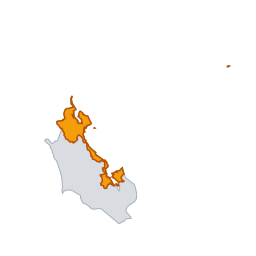 Puntarenas on a map of Costa Rica (Albers equal-area conic projection), rotated 200°
{"feature_id": "CRI-1330", "entity_name": "Puntarenas", "entity_type": "Province", "adm_level": 1, "iso_a3": "CRI", "parent_name": "Costa Rica", "parent_adm1": "", "projection": "albers", "projection_center": [-84.164, 7.924], "detail": "fine", "context": "in_parent", "style": "filled", "palette": "amber", "viewbox_px": 256, "rotation_deg": 200, "n_neighbors": 0, "source": "natural_earth", "source_scale": "10m", "svg_char_len": 7358}
<svg xmlns="http://www.w3.org/2000/svg" viewBox="0 0 256 256"><g transform="rotate(200 128 128)"><path d="M202.1,87.9L201.9,88.5L201.4,89.2L200.6,89.8L199.5,90.3L196.9,89.0L194.4,87.5L193.0,88.2L192.5,90.1L191.6,91.1L190.4,91.5L189.9,92.2L189.9,98.7L190.0,104.9L191.9,105.1L195.1,107.2L196.4,108.5L196.9,109.6L196.5,110.2L194.1,111.6L191.9,113.3L190.8,115.4L192.8,118.8L193.2,121.2L193.1,123.6L192.6,124.8L188.2,127.6L187.2,128.6L187.3,129.3L189.8,131.3L190.9,133.1L191.9,135.4L192.0,137.4L189.8,133.7L186.8,130.3L184.1,128.1L183.9,123.1L182.8,120.4L178.8,117.9L175.4,116.2L172.8,116.5L174.4,119.4L178.4,123.1L178.7,124.5L178.6,126.4L175.9,126.1L173.4,125.3L170.5,125.1L168.5,124.0L164.3,119.6L167.3,115.8L168.2,113.4L168.1,108.3L167.4,105.8L164.2,102.0L159.0,97.9L151.8,94.5L148.5,91.8L140.0,89.7L136.8,88.3L134.4,85.7L134.0,83.9L134.9,81.1L132.6,77.4L122.5,70.3L117.0,67.7L115.8,66.2L114.9,65.7L115.7,70.6L118.2,73.5L124.5,76.3L126.3,77.9L127.0,80.0L123.3,84.0L121.4,85.0L120.8,87.2L119.6,87.8L118.3,86.6L113.2,80.3L103.2,77.3L101.3,75.4L97.6,69.7L95.9,64.5L96.6,61.0L100.7,55.6L102.0,53.2L101.7,51.8L101.9,49.7L100.4,48.2L96.6,46.2L94.1,44.6L94.8,43.8L99.2,41.8L99.5,39.9L99.4,39.3L100.1,39.1L100.8,38.6L101.2,38.1L102.4,36.3L103.4,35.3L104.6,35.1L106.1,35.9L111.6,37.8L117.6,40.0L126.3,43.2L129.9,41.2L133.0,39.7L135.2,39.9L139.9,41.7L142.7,42.2L144.4,42.0L147.4,44.6L149.0,46.6L149.3,47.9L150.2,48.6L152.5,48.7L158.2,50.1L161.7,49.8L164.9,48.4L166.6,46.7L167.2,44.1L168.0,45.4L168.9,47.4L169.3,50.1L173.4,58.9L176.7,63.8L183.9,72.7L187.0,74.4L192.3,81.6L194.1,82.8L195.1,84.9L200.6,86.7L202.1,87.9Z" fill="#d9dde1" stroke="#a8b0b8" stroke-width="1"/><path d="M190.0,104.6L190.0,104.9L191.0,104.5L191.3,104.5L191.5,104.7L191.8,105.4L192.8,105.8L194.3,106.9L195.7,107.4L196.2,107.7L197.1,109.4L196.7,110.2L195.7,110.8L192.4,112.2L192.0,112.5L191.7,112.9L192.1,113.2L192.1,113.6L191.8,114.0L190.8,114.6L190.6,114.9L190.5,115.4L190.7,115.8L192.5,118.2L192.9,119.0L193.2,120.0L193.4,122.3L193.3,123.5L193.0,124.4L192.3,125.3L191.5,125.7L190.5,126.0L189.6,126.5L188.2,127.9L186.4,129.0L186.4,129.4L186.7,129.7L187.6,130.2L188.3,131.0L188.9,130.9L189.1,130.9L189.7,131.2L189.9,131.5L190.1,132.6L191.8,136.3L191.7,137.8L191.5,138.5L191.0,138.2L191.1,137.7L191.4,136.6L191.4,136.2L189.1,132.4L188.4,131.6L184.3,128.7L183.2,127.6L184.2,126.4L184.3,126.3L185.1,125.1L184.9,124.5L183.8,123.2L183.6,122.8L183.6,122.3L184.8,121.7L184.4,121.6L183.4,121.7L183.0,121.5L182.7,121.2L182.1,119.9L182.3,119.5L182.5,119.5L182.9,120.3L183.0,120.7L183.1,120.8L184.1,120.4L184.1,120.1L183.2,119.6L182.5,118.8L182.3,118.8L182.1,119.2L180.8,119.2L180.3,119.3L179.7,118.4L179.2,118.1L178.8,118.4L177.7,117.8L177.4,117.3L177.6,116.6L177.2,116.6L177.3,116.0L176.9,115.8L175.6,115.5L175.4,115.8L175.1,115.7L174.7,115.7L174.4,116.3L174.0,116.4L172.9,116.2L172.5,116.4L172.3,117.0L172.5,116.8L173.9,118.5L174.0,119.0L175.0,120.4L175.4,120.6L177.1,121.1L177.5,121.3L178.4,122.2L178.8,121.9L178.8,122.8L178.7,123.1L178.5,123.3L178.5,123.5L179.0,124.2L179.2,125.4L179.1,126.5L178.8,127.4L178.1,127.4L176.9,127.0L175.7,126.5L175.2,126.0L176.1,126.2L175.5,126.0L175.0,125.6L175.0,126.0L173.1,125.2L172.4,125.1L169.9,125.4L169.4,125.1L168.2,123.7L165.4,121.0L165.2,120.7L164.2,120.3L164.1,119.3L165.3,117.5L166.2,117.0L166.4,117.3L166.7,117.1L167.7,115.7L167.2,115.2L167.7,114.6L168.6,114.1L169.4,113.9L169.4,113.7L168.4,113.6L167.8,114.2L167.4,114.4L167.2,114.1L167.4,113.5L167.9,113.0L169.0,112.3L169.2,112.0L169.0,111.6L168.2,111.1L168.1,110.5L168.7,110.8L169.4,110.9L168.2,110.0L167.6,109.8L168.0,109.6L168.0,109.4L167.6,109.2L167.8,108.8L168.5,108.0L167.5,105.5L167.0,104.9L166.7,105.1L166.0,104.2L165.3,103.1L164.5,102.2L163.2,102.0L163.3,101.1L162.6,100.4L161.6,99.9L160.9,99.7L158.3,97.3L155.8,96.1L155.4,95.8L152.3,94.6L151.7,94.7L151.4,94.3L151.0,94.5L150.4,94.0L149.9,93.9L150.2,93.3L149.8,92.4L148.9,91.7L148.1,91.4L148.1,91.6L148.6,91.8L149.0,92.1L148.2,91.9L146.8,91.2L145.2,90.9L140.8,89.7L140.0,89.6L138.8,89.9L138.4,89.8L138.0,89.5L137.7,88.8L137.3,88.7L137.4,89.2L135.7,88.0L135.4,87.0L134.4,86.5L134.2,85.6L133.7,85.6L133.9,85.2L133.7,84.2L133.9,83.9L134.5,83.3L134.7,82.7L135.1,82.1L135.3,81.6L135.1,81.2L134.4,80.4L133.1,78.4L132.7,78.2L132.2,77.9L132.3,77.4L132.7,76.7L131.9,76.0L131.8,75.7L131.9,75.2L131.0,74.9L128.2,75.2L128.6,74.8L130.2,74.8L130.2,74.6L128.2,74.3L127.4,74.0L126.6,73.6L125.5,72.6L124.9,72.3L124.6,72.0L124.8,71.9L124.2,71.6L122.9,70.3L122.2,70.0L121.9,69.7L121.7,69.6L121.2,69.8L120.9,69.6L121.1,69.0L121.8,68.8L122.7,68.8L123.2,69.0L123.9,69.0L124.4,69.3L125.4,70.3L125.9,70.5L125.8,69.8L125.9,69.3L126.7,68.6L127.4,68.3L127.6,68.1L127.5,67.7L127.3,67.2L127.6,66.6L127.8,65.4L127.7,65.2L127.4,64.8L127.4,64.5L127.7,64.1L128.9,63.3L129.6,63.3L130.3,63.8L131.0,65.0L131.4,65.4L132.5,65.3L133.3,65.0L133.6,65.0L134.1,65.4L134.3,65.9L134.7,66.3L134.7,66.6L134.2,67.4L134.0,68.2L134.3,68.9L134.2,69.9L134.3,70.4L134.9,71.4L136.2,73.2L136.5,73.7L136.9,73.7L137.2,73.4L137.5,73.5L137.9,74.2L137.9,74.5L137.7,74.6L137.1,74.9L135.5,76.0L135.1,76.1L134.3,77.3L133.9,77.5L133.9,77.9L134.2,78.2L134.9,78.5L136.2,78.7L136.5,79.0L137.2,79.9L136.9,80.1L137.7,80.6L138.1,81.2L138.1,81.6L138.0,82.0L137.6,82.1L136.7,82.2L136.6,82.3L136.5,82.5L136.9,83.8L136.9,84.5L137.6,86.0L138.0,87.4L138.5,88.2L139.0,88.3L140.0,88.1L140.4,88.3L141.0,88.1L141.5,88.5L141.8,88.5L142.0,88.4L142.2,87.9L142.9,87.3L142.8,86.3L144.3,86.1L146.2,86.0L146.7,86.6L147.1,86.7L148.2,86.6L148.7,86.8L149.1,86.9L150.6,86.7L150.9,86.8L151.2,87.3L151.1,88.1L151.2,88.3L151.6,88.6L151.8,88.7L152.7,88.7L153.2,88.8L153.4,89.6L153.2,90.2L153.4,90.4L154.1,90.7L154.6,91.7L155.3,92.5L157.4,93.9L157.9,94.0L158.2,93.8L158.5,93.7L158.8,93.9L159.1,94.5L159.3,95.2L160.3,96.3L160.6,96.8L160.7,97.7L160.9,98.3L161.2,98.9L161.5,99.1L163.3,99.9L163.5,99.8L163.9,99.3L164.1,99.2L164.5,99.2L164.9,99.4L166.1,100.7L166.4,101.9L166.8,102.4L169.8,104.3L170.6,104.3L171.2,104.7L171.5,104.8L172.4,103.8L172.5,103.5L172.4,102.8L172.8,101.8L172.7,101.2L172.5,100.8L172.2,100.8L171.9,100.6L171.6,100.5L171.5,100.4L171.9,98.6L172.9,97.5L173.4,96.1L174.1,95.3L175.1,95.6L175.3,96.2L175.5,96.2L175.8,95.9L176.8,95.8L177.3,95.1L177.8,94.9L178.2,95.1L178.8,95.6L179.7,95.9L180.6,96.5L181.0,96.6L182.3,96.5L182.7,96.5L184.2,98.4L185.6,99.3L186.3,101.8L187.9,102.4L188.5,103.5L189.0,104.1L189.6,104.2L190.0,104.6ZM117.9,73.5L118.7,74.1L120.9,75.1L121.1,75.0L121.6,75.2L122.9,75.9L123.4,76.1L124.1,76.1L124.6,75.9L126.2,77.0L125.6,77.4L125.6,77.9L126.4,78.8L125.9,79.1L125.5,79.5L126.0,79.7L126.5,79.8L127.7,79.7L127.7,79.9L126.2,80.8L125.8,81.5L125.1,82.0L124.6,83.1L123.6,82.6L123.1,82.5L122.9,83.0L123.5,83.9L123.4,84.0L122.2,84.5L121.3,85.1L121.1,85.4L120.4,87.6L119.7,88.7L118.6,86.8L115.9,83.1L116.3,82.9L116.6,82.5L116.8,82.2L117.0,81.7L117.3,81.4L117.2,80.8L117.7,79.0L117.0,78.7L116.8,78.0L116.3,77.4L115.8,77.2L115.2,77.1L114.9,77.0L114.0,76.9L113.7,76.7L113.5,76.4L114.0,75.9L114.8,75.5L115.3,75.4L115.6,75.6L116.7,75.0L117.4,74.8L117.6,74.5L117.9,73.5ZM118.7,70.7L119.9,71.2L120.2,71.2L120.2,71.4L119.3,71.6L118.2,71.6L117.7,71.4L117.4,71.1L116.9,70.3L117.8,70.0L119.8,70.5L118.7,70.7ZM55.2,220.7L53.9,220.9L54.3,220.2L55.2,219.6L55.6,219.5L55.6,220.3L55.2,220.7ZM159.0,116.6L159.4,116.4L159.9,116.3L159.9,116.7L159.6,116.8L159.2,116.7L159.0,116.6Z" fill="#f59e0b" stroke="#b45309" stroke-width="1.5"/></g></svg>